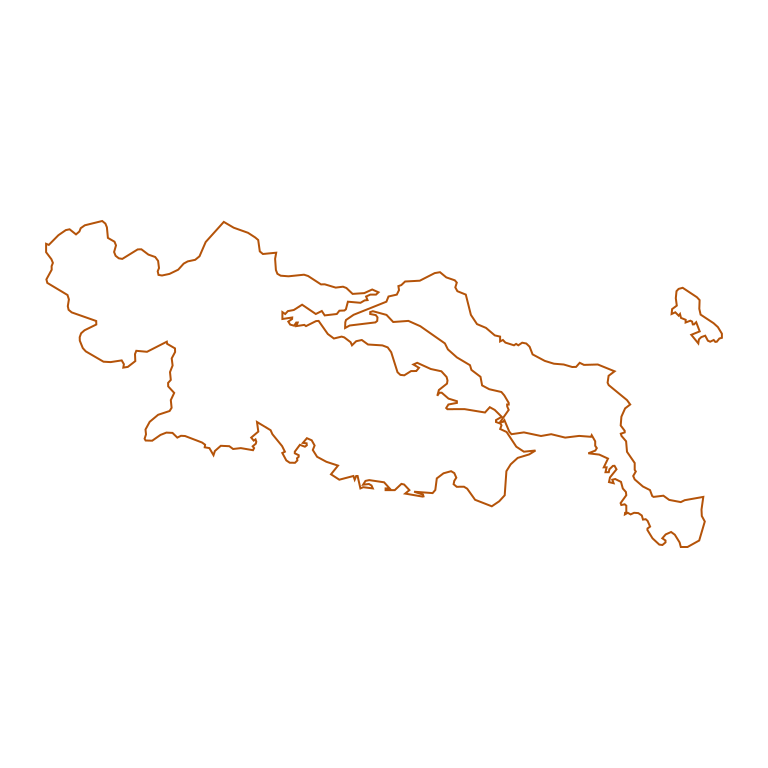 the border of Stereá Elláda
{"feature_id": "GRC-2989", "entity_name": "Stereá Elláda", "entity_type": "Region", "adm_level": 1, "iso_a3": "GRC", "parent_name": "Greece", "parent_adm1": "", "projection": "natural_earth1", "projection_center": [23.212, 38.602], "detail": "fine", "context": "isolated", "style": "outline", "palette": "amber", "viewbox_px": 768, "rotation_deg": 0, "n_neighbors": 0, "source": "natural_earth", "source_scale": "10m", "svg_char_len": 6100}
<svg xmlns="http://www.w3.org/2000/svg" viewBox="0 0 768 768"><path d="M378.5,292.3L376.0,294.6L370.3,294.6L366.1,296.5L367.5,300.1L364.6,300.4L360.5,302.8L347.9,301.7L345.9,309.3L344.4,310.5L339.4,310.7L336.8,314.0L324.7,315.4L321.8,311.0L315.8,314.0L302.1,304.7L293.8,310.0L287.9,311.1L285.2,314.0L282.4,312.1L282.4,319.0L292.2,317.5L292.1,319.0L288.3,321.6L290.2,324.6L294.1,325.7L296.3,322.5L297.7,322.5L296.3,326.1L304.3,324.9L306.0,326.1L316.0,321.1L318.6,320.9L327.8,334.0L333.9,338.5L341.6,336.6L344.3,337.4L350.6,342.2L352.0,345.3L356.2,341.2L361.8,340.0L368.0,344.5L382.4,345.4L387.7,347.4L391.2,352.2L397.5,372.2L400.4,374.9L404.3,375.3L411.0,371.1L416.3,371.0L419.0,367.8L413.4,364.5L417.2,362.8L430.8,369.0L441.4,371.3L446.6,377.0L447.5,380.5L447.0,383.6L438.9,390.0L437.3,395.8L439.3,392.8L441.7,392.7L448.5,398.6L456.9,401.2L456.9,402.9L448.4,404.5L446.2,408.0L447.4,409.2L464.4,409.1L485.0,412.5L489.8,407.2L494.7,409.9L501.7,416.8L496.0,420.1L496.0,422.0L500.7,423.7L501.5,425.3L500.2,429.0L506.6,432.0L516.3,446.7L523.9,451.7L535.5,450.5L529.2,454.4L517.7,457.9L510.7,464.3L506.4,471.2L504.7,495.3L499.2,501.3L491.8,506.3L475.1,499.8L467.2,488.7L463.9,486.7L456.7,486.8L453.6,484.2L454.3,480.8L456.3,477.7L454.3,473.1L451.1,471.2L443.5,473.3L436.8,478.4L435.3,490.0L432.6,493.1L414.1,491.7L423.0,494.6L423.5,496.4L422.6,496.6L405.2,493.6L409.4,490.1L404.1,484.5L401.4,483.9L394.8,490.1L385.6,490.1L385.6,488.4L389.6,488.4L384.1,482.3L369.2,480.1L365.5,480.9L363.1,484.7L368.9,484.0L371.5,485.5L372.8,488.4L363.2,487.2L360.4,488.4L357.6,476.0L356.2,476.0L354.7,479.7L353.4,476.0L339.3,479.7L331.0,474.3L338.0,465.6L326.4,461.8L317.1,456.8L312.8,450.0L314.6,445.5L311.7,440.3L306.9,438.2L302.9,442.9L306.6,443.3L306.8,445.3L304.9,446.7L299.9,444.8L294.8,451.7L294.8,453.3L298.7,455.2L298.7,456.8L297.0,458.3L297.4,460.4L295.0,462.8L289.7,462.7L286.3,460.4L282.3,453.0L284.9,451.7L282.1,446.1L272.4,434.2L270.6,430.2L257.0,422.0L258.3,431.6L251.2,437.6L253.7,440.6L255.5,439.4L256.3,441.7L255.8,443.7L252.7,446.3L254.1,448.1L253.0,450.2L240.8,448.1L233.1,449.0L229.3,446.2L220.8,445.8L214.9,451.0L213.5,455.2L209.4,448.1L204.7,447.3L205.1,444.7L202.0,442.5L185.0,436.0L181.0,435.8L177.3,437.6L172.5,432.9L166.4,432.6L160.5,434.9L152.2,440.7L145.6,440.5L144.6,438.7L146.0,434.4L145.5,429.5L149.7,421.8L158.1,414.8L169.6,411.0L171.6,407.8L170.8,400.1L174.2,392.9L168.2,386.4L168.1,382.9L170.8,379.9L170.0,372.1L172.6,365.5L171.7,358.4L175.1,352.0L175.0,348.4L167.1,343.8L166.8,341.7L147.0,351.8L136.3,350.8L135.0,354.1L135.3,361.1L127.8,366.9L123.3,367.6L123.9,364.2L121.7,360.4L110.6,362.1L103.5,361.7L85.8,351.4L82.8,348.1L79.8,340.7L79.7,337.2L81.1,333.3L84.5,330.3L96.3,324.5L96.2,321.0L71.7,312.4L68.6,309.8L67.8,306.2L68.9,299.4L67.5,295.0L47.3,282.9L46.4,279.4L51.7,269.7L51.6,266.2L52.9,262.9L51.4,259.2L46.1,252.2L46.1,243.8L48.8,244.9L58.4,235.2L65.8,230.1L69.6,229.3L76.0,234.4L79.4,231.5L80.7,228.2L84.8,225.3L102.2,221.0L105.4,223.6L106.9,227.3L107.9,237.9L114.5,241.7L116.0,245.4L114.1,252.0L115.6,255.8L118.8,258.3L122.3,258.9L137.7,249.4L141.4,249.3L148.4,254.6L155.2,257.0L158.1,260.9L159.0,268.1L157.7,271.3L158.5,274.9L162.0,275.5L169.5,273.9L178.2,269.7L183.7,263.6L187.7,261.4L195.2,259.8L199.5,256.3L205.7,242.0L223.8,221.9L233.7,227.7L248.0,232.8L255.1,237.4L258.2,240.0L259.8,251.4L262.9,254.0L276.2,252.7L275.1,258.8L275.9,270.0L277.4,273.8L280.7,275.7L288.5,276.3L304.0,274.7L308.1,276.0L321.0,284.4L324.7,284.3L335.7,287.6L343.0,286.7L346.4,288.0L352.6,293.9L364.3,293.1L372.2,289.5L378.5,292.3ZM703.3,496.9L701.5,509.6L701.8,516.0L704.8,521.5L699.2,540.5L687.5,547.0L680.8,547.0L679.6,542.4L674.8,534.7L671.1,532.0L665.7,534.4L662.3,538.3L665.5,540.5L665.5,542.4L662.4,545.0L659.3,544.6L652.5,538.3L647.4,530.0L647.5,528.5L650.1,526.6L647.6,520.9L645.7,519.2L643.0,519.6L641.8,515.5L638.3,513.1L634.1,512.8L630.6,514.4L627.8,512.8L624.9,514.4L625.1,512.8L626.3,512.5L626.3,505.7L624.7,504.3L621.3,505.0L620.6,503.1L626.3,495.2L625.9,492.0L622.8,488.5L621.0,481.9L615.2,479.0L612.3,479.7L613.6,483.2L609.0,482.1L610.0,477.4L616.5,469.3L614.5,465.8L612.9,465.9L609.4,469.3L608.8,472.2L605.5,472.2L606.6,467.3L603.8,467.3L608.0,458.6L599.3,454.6L588.3,453.3L595.3,450.6L596.8,448.1L595.2,445.8L595.2,441.3L591.7,435.2L591.0,436.8L579.2,435.9L565.2,437.6L551.2,434.2L541.0,436.0L523.9,432.4L511.5,434.2L509.3,431.7L504.4,420.1L503.0,421.9L500.2,422.0L508.7,409.9L507.2,406.4L507.1,404.5L508.7,404.5L508.7,402.9L504.3,395.4L501.4,392.0L489.2,389.2L482.1,385.4L480.5,376.8L471.4,369.9L470.0,365.2L456.9,357.4L447.9,349.4L444.9,343.4L420.3,326.2L408.4,320.9L393.2,322.0L386.5,314.9L372.9,311.2L370.2,312.1L370.2,314.0L375.8,315.1L377.5,317.4L377.2,320.9L375.4,322.4L349.7,325.5L345.1,328.0L345.3,322.3L346.0,320.0L353.6,314.8L386.4,301.7L388.5,296.5L396.8,294.6L399.0,290.1L398.4,286.1L401.3,285.1L405.1,281.5L419.8,280.7L434.7,273.1L440.0,272.2L446.3,277.4L454.8,280.3L456.8,282.6L455.3,287.4L457.4,291.2L465.8,294.6L470.9,314.9L477.0,324.1L486.0,327.9L494.8,335.4L500.1,336.6L500.1,341.4L502.9,340.0L505.4,342.6L514.0,345.3L516.1,343.9L518.3,345.3L522.2,342.7L526.3,343.5L529.6,346.7L532.6,354.4L544.8,360.9L553.9,363.7L563.7,364.5L572.2,367.0L576.1,366.9L579.7,362.8L584.0,364.9L597.8,364.5L614.6,371.3L608.6,375.8L607.6,382.7L608.7,385.1L627.0,400.1L630.2,404.5L625.1,408.4L621.4,416.7L620.7,425.5L624.7,430.8L624.7,432.4L620.8,433.7L621.5,435.9L626.1,441.3L627.0,451.8L634.7,463.0L634.7,469.8L635.8,471.5L633.2,476.0L634.7,479.4L642.9,486.5L650.0,490.1L652.2,496.0L653.6,496.9L663.4,495.7L669.2,499.9L680.8,502.1L684.7,500.2L703.3,496.9ZM717.9,327.1L721.9,333.7L721.9,337.8L719.4,338.5L716.8,341.7L715.3,341.9L713.7,340.0L710.2,341.7L707.9,340.7L705.2,335.7L701.3,337.1L698.9,339.4L698.3,343.4L691.3,334.8L699.7,331.4L696.2,322.2L694.0,324.4L692.8,324.4L692.1,321.6L690.4,320.7L685.6,322.5L685.7,319.8L681.0,317.9L680.0,314.0L678.7,315.7L675.3,312.3L671.6,314.0L672.1,309.1L676.8,305.6L675.8,298.2L676.5,291.2L678.6,288.9L682.7,287.8L696.9,297.2L699.6,300.1L699.3,308.8L700.6,314.6L713.6,323.2L717.9,327.1Z" fill="none" stroke="#b45309" stroke-width="2"/></svg>